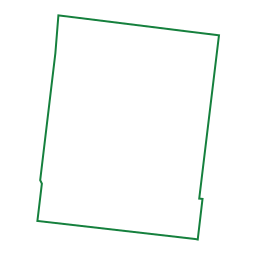 Aurora, South Dakota, United States of America, rotated 187°
{"feature_id": "52423323B17598192587787", "entity_name": "Aurora", "entity_type": "district", "adm_level": 2, "iso_a3": "USA", "parent_name": "United States of America", "parent_adm1": "South Dakota", "projection": "orthographic", "projection_center": [-98.556, 43.718], "detail": "fine", "context": "isolated", "style": "outline", "palette": "green", "viewbox_px": 256, "rotation_deg": 187, "n_neighbors": 0, "source": "geoboundaries", "source_scale": "gbopen_adm2", "svg_char_len": 296}
<svg xmlns="http://www.w3.org/2000/svg" viewBox="0 0 256 256"><g transform="rotate(187 128 128)"><path d="M208.8,65.5L206.7,62.3L206.6,24.7L47.4,26.0L45.2,25.8L45.4,66.7L48.7,66.6L49.0,231.1L79.3,231.1L210.8,231.3L209.2,193.3L208.8,65.5Z" fill="none" stroke="#15803d" stroke-width="2"/></g></svg>